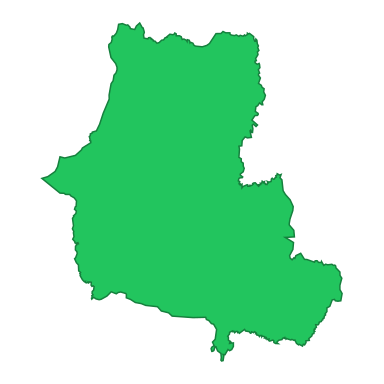 Phon Thong, Roi Et, Thailand (Robinson projection)
{"feature_id": "78962969B17722386681463", "entity_name": "Phon Thong", "entity_type": "district", "adm_level": 2, "iso_a3": "THA", "parent_name": "Thailand", "parent_adm1": "Roi Et", "projection": "robinson", "projection_center": [103.964, 16.293], "detail": "fine", "context": "isolated", "style": "filled", "palette": "green", "viewbox_px": 384, "rotation_deg": 0, "n_neighbors": 0, "source": "geoboundaries", "source_scale": "gbopen_adm2", "svg_char_len": 5922}
<svg xmlns="http://www.w3.org/2000/svg" viewBox="0 0 384 384"><path d="M122.4,23.6L118.6,24.3L117.7,29.5L116.3,33.2L113.9,36.0L112.6,36.0L112.7,36.7L111.8,37.0L112.1,39.2L111.3,42.4L108.9,44.5L108.7,46.9L111.0,57.6L115.7,63.6L117.0,67.2L117.0,69.9L116.0,72.9L114.0,75.2L113.1,80.8L111.1,83.7L109.1,95.0L109.2,99.1L103.2,113.3L99.6,124.3L96.4,130.9L92.3,132.1L92.0,133.2L90.3,133.9L90.3,135.7L89.3,136.5L90.1,139.5L89.7,140.6L90.7,140.9L90.8,142.7L82.4,148.0L81.4,150.0L75.4,155.4L64.8,158.0L60.0,156.8L57.6,166.8L55.1,171.5L47.9,176.6L41.9,178.4L60.0,193.1L64.1,193.3L65.5,194.4L69.8,194.5L70.7,195.8L74.3,197.9L76.5,200.9L76.1,206.3L75.3,206.8L74.5,209.3L76.3,210.9L75.9,213.5L73.5,215.8L73.8,216.6L72.5,218.3L73.5,225.9L72.4,228.8L73.8,231.5L73.4,232.8L74.0,236.6L72.7,239.2L74.9,241.7L74.9,242.8L75.9,243.3L77.9,242.6L78.4,243.8L76.4,244.4L76.6,245.1L75.5,246.2L75.4,249.9L76.9,251.7L77.2,253.6L75.6,257.7L74.6,258.7L76.4,262.7L78.4,264.9L78.7,270.9L80.6,272.4L79.8,273.6L80.5,274.6L80.1,275.6L82.4,279.7L84.1,281.5L85.3,281.4L84.9,282.0L86.2,282.9L87.3,282.3L88.0,282.8L88.2,282.0L88.9,282.7L89.6,281.9L91.3,282.3L91.1,285.2L92.0,286.4L93.1,285.8L94.1,286.6L93.6,290.1L92.2,291.5L92.1,293.5L93.1,294.8L91.8,295.7L92.3,297.4L91.5,298.2L91.8,299.1L93.7,297.3L96.0,298.9L99.1,299.7L101.1,299.3L106.9,296.1L111.2,291.8L116.3,293.8L118.1,292.5L120.7,292.0L125.8,293.5L126.4,294.4L126.3,297.8L130.5,299.4L135.3,302.5L141.3,303.6L145.7,305.4L157.5,306.7L161.3,311.0L168.6,312.8L172.1,316.1L193.1,317.6L205.7,317.3L206.4,319.5L208.8,320.5L211.4,323.6L213.6,324.2L216.6,329.4L215.2,339.3L212.5,342.1L214.1,345.6L211.8,347.2L211.1,348.7L211.8,351.4L212.7,351.3L213.9,350.5L215.0,346.7L215.9,346.7L217.6,350.9L220.9,353.4L221.3,357.6L220.9,360.2L221.6,361.0L223.1,360.6L223.9,355.5L223.2,354.5L225.0,354.7L228.0,349.5L229.6,350.7L231.7,349.6L233.4,346.5L233.4,342.9L231.6,343.1L230.8,341.9L230.3,343.4L229.5,343.5L230.0,341.4L228.4,340.1L228.4,337.1L227.7,336.3L229.5,334.0L229.6,332.3L232.7,330.9L233.0,331.8L234.0,331.3L234.7,332.7L236.0,331.4L237.3,331.4L237.6,332.6L238.5,332.2L239.3,333.3L244.6,329.4L245.5,331.0L249.3,331.7L250.4,333.2L251.2,333.0L251.6,331.8L253.7,332.7L254.6,331.7L256.2,332.9L255.7,333.8L256.7,334.0L256.8,335.0L258.8,335.4L259.4,336.6L260.5,335.5L261.7,335.5L261.8,336.7L262.2,336.1L264.8,336.7L264.4,338.0L265.5,337.9L265.8,338.5L266.4,337.8L267.1,339.6L269.0,339.0L268.8,340.6L269.7,341.1L272.9,340.1L273.8,340.8L273.9,342.5L275.6,343.5L278.1,343.6L276.9,342.7L277.1,341.8L278.9,340.2L282.0,339.6L282.5,338.4L284.6,337.5L284.5,338.4L285.8,338.2L286.0,339.2L286.8,338.7L290.9,340.0L291.9,339.4L294.1,340.4L294.9,340.0L296.5,343.4L298.6,344.9L299.4,344.4L302.5,346.1L303.3,344.3L304.6,344.9L306.0,342.6L305.9,340.8L309.3,340.4L308.8,338.6L311.8,336.0L312.4,334.0L313.9,333.5L314.0,331.9L314.8,331.4L314.0,330.5L314.2,329.3L315.0,329.3L315.0,328.4L316.4,327.3L315.7,324.7L317.9,324.9L318.9,323.8L319.2,322.2L321.3,321.5L322.0,320.1L322.8,319.8L323.0,318.5L324.0,318.2L324.3,316.1L325.6,314.9L325.1,313.9L326.9,311.6L326.9,307.9L329.8,306.3L332.2,299.9L334.5,299.4L335.3,300.8L337.9,301.2L340.8,300.8L342.1,293.5L339.9,289.6L339.9,285.3L341.8,278.2L340.0,275.4L339.9,272.0L335.9,267.8L335.7,266.0L334.8,265.1L333.5,265.4L331.9,264.3L327.7,264.8L325.6,264.2L323.8,265.4L321.5,261.5L321.3,262.5L318.5,262.4L317.2,260.8L316.3,260.7L315.1,260.9L314.5,262.2L306.9,259.5L304.5,259.4L300.7,253.3L295.9,255.6L294.8,258.4L293.9,257.8L292.1,259.8L290.1,258.1L289.6,255.6L292.9,249.4L293.5,242.5L285.2,237.4L294.4,236.9L293.8,230.3L289.3,225.0L289.2,223.8L290.0,219.0L292.8,210.6L293.2,206.6L290.1,199.8L285.4,194.5L283.1,190.7L281.9,179.8L280.0,177.8L281.1,174.5L279.7,175.1L277.2,173.7L277.0,175.0L275.8,175.7L276.3,177.1L275.3,177.4L274.4,179.0L273.6,179.3L272.2,178.2L271.4,179.0L271.1,181.5L268.9,182.1L267.4,181.5L268.1,183.0L267.2,183.4L267.1,184.5L265.5,184.4L265.1,183.3L264.0,183.0L264.4,181.7L263.5,182.2L262.2,181.2L261.7,183.4L260.3,183.2L260.6,184.5L258.8,184.7L259.4,185.4L258.6,186.3L255.3,182.8L253.9,182.9L252.7,183.5L253.1,184.3L251.6,185.5L249.9,185.3L249.9,186.2L247.8,186.3L247.9,185.1L247.2,184.7L243.1,186.5L242.0,187.8L242.0,184.2L241.3,184.7L240.6,184.1L240.3,184.7L240.0,183.9L239.7,184.5L239.0,183.8L239.7,181.5L238.3,180.9L238.8,178.8L239.4,178.0L242.4,177.6L242.7,176.9L240.3,175.1L240.2,174.1L243.2,171.8L244.2,168.3L243.3,166.3L243.2,163.1L241.2,161.7L241.3,158.8L238.9,157.3L239.5,149.1L238.9,146.2L241.8,145.8L242.2,140.5L245.1,136.9L247.4,137.9L251.4,137.4L250.0,130.8L250.7,130.1L251.7,132.4L252.5,132.5L252.9,128.8L252.2,125.2L253.4,124.2L256.0,126.5L257.5,125.0L251.9,120.1L254.9,115.6L257.5,115.4L258.2,114.4L258.1,113.4L255.3,111.4L255.9,106.7L257.7,105.7L259.5,102.9L261.8,104.8L262.8,104.7L262.2,101.9L264.3,99.2L265.4,95.3L263.7,92.0L264.1,88.7L262.1,87.4L261.3,85.3L258.5,83.4L260.4,78.0L258.4,75.1L258.6,73.8L259.6,73.1L258.3,69.7L259.9,67.7L259.5,64.4L259.1,63.4L257.2,64.3L255.1,62.7L255.0,61.2L256.4,60.7L255.6,58.6L258.0,54.6L257.4,51.9L258.9,50.5L257.7,47.5L258.4,45.9L257.3,43.7L256.9,40.2L255.9,39.1L255.6,41.3L254.8,41.3L253.7,38.8L253.7,36.6L249.5,33.4L248.3,33.9L247.4,33.2L247.3,34.6L245.1,35.8L244.5,35.0L243.1,36.2L240.2,35.3L239.0,36.4L236.3,34.9L234.5,35.6L231.4,35.1L230.1,34.3L229.9,32.8L225.7,32.8L223.0,31.5L221.0,33.5L216.0,33.6L209.5,43.5L206.8,45.4L202.3,46.8L195.4,46.1L193.9,45.2L192.9,43.2L190.4,42.2L190.0,42.8L189.3,40.3L187.4,39.7L187.1,41.5L186.5,40.4L183.9,39.0L182.2,39.5L181.2,36.7L179.5,35.8L176.2,35.8L176.2,33.9L174.8,33.0L174.0,34.3L172.8,34.7L169.9,34.2L166.8,36.8L167.0,37.3L165.1,37.7L163.6,39.9L161.6,40.2L159.1,42.6L156.9,43.2L155.1,41.2L153.3,40.9L153.3,40.2L151.3,38.5L151.1,39.0L150.0,37.5L148.5,37.7L147.9,38.9L144.0,38.1L143.5,34.7L144.3,32.5L144.1,31.4L143.1,27.9L142.3,27.7L139.7,23.0L136.4,26.0L134.7,29.5L130.3,28.6L130.0,27.2L127.8,24.9L126.3,25.2L122.4,23.6Z" fill="#22c55e" stroke="#15803d" stroke-width="1.5"/></svg>